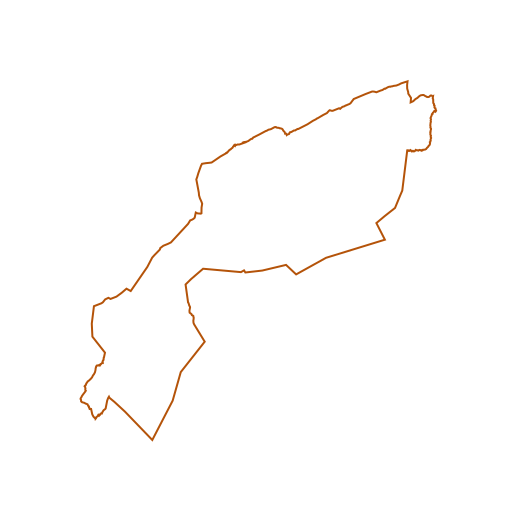 the district of Stor-Elvdal nor, Hedmark, Norway, rotated 281°
{"feature_id": "86288312B62333254933331", "entity_name": "Stor-Elvdal nor", "entity_type": "district", "adm_level": 2, "iso_a3": "NOR", "parent_name": "Norway", "parent_adm1": "Hedmark", "projection": "natural_earth1", "projection_center": [11.012, 61.582], "detail": "fine", "context": "isolated", "style": "outline", "palette": "amber", "viewbox_px": 512, "rotation_deg": 281, "n_neighbors": 0, "source": "geoboundaries", "source_scale": "gbopen_adm2", "svg_char_len": 5948}
<svg xmlns="http://www.w3.org/2000/svg" viewBox="0 0 512 512"><g transform="rotate(281 256 256)"><path d="M428.7,321.9L428.1,321.7L427.2,321.2L424.1,319.7L423.1,318.8L421.8,316.8L421.3,316.1L420.9,315.5L420.8,315.1L419.9,314.3L418.9,312.4L417.6,311.3L416.5,310.5L416.9,309.4L413.3,303.8L413.1,303.4L413.0,302.9L413.0,302.0L413.2,300.6L412.6,300.0L409.8,298.3L407.3,295.1L402.8,290.0L402.5,289.4L401.7,288.8L399.6,286.1L395.1,281.4L388.7,273.2L388.6,272.4L387.9,271.8L387.4,271.1L386.8,270.6L386.4,269.2L384.5,267.1L384.5,266.9L384.1,266.4L384.0,265.8L383.0,265.3L382.4,265.3L382.0,265.1L381.3,263.7L380.6,263.1L381.0,262.9L381.9,262.1L382.0,261.4L381.8,261.2L382.5,260.8L383.2,260.4L384.3,258.8L385.0,258.3L385.6,257.7L385.9,256.9L386.0,255.3L385.9,254.8L386.2,253.9L386.0,252.8L386.0,251.9L386.0,251.5L386.3,251.2L386.3,250.9L386.3,250.3L385.9,249.5L383.5,246.6L382.9,245.5L382.4,244.2L380.9,242.5L380.6,241.8L375.7,235.8L374.1,233.7L373.8,233.3L372.9,232.2L372.1,231.1L371.7,230.6L370.4,230.0L370.2,229.2L369.8,228.7L369.6,228.6L369.1,228.0L367.4,226.5L366.5,225.1L366.2,224.3L365.8,223.7L365.7,223.0L365.6,222.6L365.0,222.0L365.1,221.8L364.9,221.5L364.4,221.8L364.4,222.0L362.4,218.6L362.2,218.1L362.0,216.8L361.1,215.3L360.9,214.8L360.4,214.6L360.8,214.3L360.2,214.1L359.9,213.6L360.3,213.3L360.1,213.2L359.6,213.2L359.4,213.1L359.3,212.9L359.1,212.7L357.8,212.3L356.6,211.2L356.0,210.9L355.3,210.0L354.8,209.8L354.7,209.5L354.4,209.4L354.1,209.1L352.8,208.5L352.6,208.3L351.8,207.8L351.9,207.6L351.4,207.3L351.4,207.1L351.3,206.9L351.0,206.9L346.9,202.1L339.3,194.6L338.6,192.5L337.5,188.9L336.2,185.4L334.1,184.8L326.4,183.6L322.2,183.2L319.8,182.8L307.2,187.8L304.7,188.5L302.0,189.9L298.6,192.3L297.0,193.2L293.2,193.3L287.5,194.3L287.2,194.0L287.0,193.6L286.9,192.3L286.7,190.9L286.7,190.4L287.2,188.6L281.9,188.5L280.5,187.5L279.3,186.1L278.4,184.6L274.6,183.2L253.1,169.9L251.0,167.1L248.4,163.1L245.5,160.5L244.0,160.4L237.6,156.2L234.6,154.4L224.5,151.4L197.7,139.7L199.2,135.1L194.5,131.4L189.5,126.8L186.1,121.4L186.8,119.1L184.6,116.2L181.3,114.5L180.1,113.3L175.8,106.5L158.3,107.7L145.6,110.8L132.3,126.2L127.5,126.1L127.0,125.9L125.7,126.1L125.4,126.0L125.1,126.1L124.7,126.1L124.1,125.7L123.1,125.5L122.7,125.6L122.9,125.7L122.7,125.8L121.8,126.0L121.8,125.9L121.6,125.6L121.6,125.3L121.4,125.2L120.8,124.8L120.6,124.5L120.3,124.4L120.2,124.1L119.8,124.1L119.1,123.8L119.4,123.4L119.2,123.1L118.8,123.1L118.9,122.8L118.7,122.5L118.5,122.4L118.4,121.9L118.5,121.8L118.1,121.1L118.2,120.8L117.9,120.5L117.1,120.2L116.5,120.1L115.9,120.2L115.4,120.0L113.4,120.2L111.1,120.1L108.8,119.4L107.8,118.8L105.6,118.2L103.8,117.2L102.9,116.5L102.2,116.1L100.6,114.6L99.7,114.4L98.5,113.7L97.0,113.6L96.0,112.8L95.4,112.6L94.7,113.4L93.8,113.6L93.3,113.9L92.3,113.9L91.0,114.4L91.0,114.5L90.6,114.4L87.0,112.6L85.2,111.8L84.2,111.6L82.7,111.0L82.2,111.1L81.9,111.2L81.4,111.7L79.9,112.1L79.7,112.4L79.3,113.1L79.3,113.5L79.2,114.0L79.1,115.6L78.6,116.8L78.5,117.9L78.2,119.0L76.9,119.8L76.5,120.7L75.4,120.9L75.1,121.4L74.1,121.9L74.3,122.4L74.2,122.8L74.4,123.0L74.4,123.3L69.3,125.5L67.3,127.1L66.1,128.8L66.6,129.1L66.7,129.3L65.7,129.6L66.2,129.9L67.3,130.1L68.6,131.1L70.2,131.6L70.3,131.8L70.2,131.9L69.6,132.1L69.3,132.4L70.0,132.8L70.2,133.1L70.9,133.4L71.6,133.6L71.7,133.8L71.8,134.0L72.0,134.1L72.4,134.5L72.2,134.8L72.5,134.9L73.0,134.9L75.2,135.7L75.7,136.0L77.0,137.2L77.7,137.5L85.7,137.5L88.5,138.0L89.8,138.5L88.9,139.1L85.8,144.8L78.2,157.1L55.6,189.3L98.1,201.8L127.7,204.3L162.1,222.0L177.1,208.3L177.3,208.2L178.1,207.6L179.1,207.2L180.8,206.8L182.1,206.8L183.6,206.6L184.1,206.3L185.2,205.9L185.5,205.3L185.7,204.4L186.7,203.7L187.7,201.7L188.1,201.5L189.7,201.1L192.8,201.1L193.5,200.9L194.0,200.4L194.6,200.1L194.8,199.8L195.2,199.7L197.0,198.7L197.4,198.2L197.7,198.1L214.6,192.3L221.0,196.7L233.4,206.5L237.3,244.3L239.6,247.0L237.8,248.7L242.9,264.9L253.0,287.2L245.6,298.9L267.6,325.1L296.6,379.4L311.3,367.9L319.7,374.7L329.7,383.3L342.6,385.9L348.1,387.1L388.6,384.3L388.8,385.0L388.7,386.0L388.3,386.2L388.4,386.5L388.8,386.9L389.5,387.3L389.4,387.6L388.8,388.1L388.7,388.6L388.5,388.8L388.8,389.1L388.6,389.3L388.8,389.7L388.7,390.0L389.1,390.3L388.8,391.1L389.2,391.8L390.7,392.6L390.4,393.6L390.7,394.8L390.4,395.2L390.5,395.4L390.8,395.6L391.2,396.1L391.4,396.5L391.2,397.2L391.4,397.7L391.4,397.8L391.0,398.1L390.9,398.5L391.1,398.8L391.6,399.0L391.5,399.3L391.6,399.5L392.2,399.8L392.2,400.2L392.4,400.6L392.7,401.6L393.5,402.6L394.8,403.2L396.0,404.1L397.0,404.4L397.4,404.8L398.1,405.1L398.3,405.3L399.5,405.4L400.9,404.9L401.3,405.3L402.1,405.2L402.5,405.5L403.7,405.1L405.3,405.4L406.2,404.7L406.5,404.7L407.0,404.8L407.5,404.8L408.3,404.0L408.8,404.0L409.2,403.8L410.0,403.8L410.8,403.4L411.2,403.7L412.3,403.5L414.1,403.6L414.6,403.4L415.2,402.7L416.4,402.6L417.7,402.1L418.8,402.1L419.9,401.9L421.1,402.1L422.2,401.6L423.6,401.7L424.0,401.5L424.4,401.1L424.7,401.0L427.4,401.6L428.8,401.6L429.1,401.8L429.2,402.2L429.3,402.2L429.9,402.2L430.4,402.3L431.4,403.1L432.1,403.2L432.4,403.4L432.6,403.9L432.4,404.4L432.1,404.7L433.0,405.1L434.3,404.3L435.2,404.0L435.4,403.3L435.7,403.0L436.2,402.7L437.5,402.7L437.9,402.4L438.1,401.9L439.2,401.7L439.4,401.5L439.8,401.0L440.1,400.8L443.7,400.0L444.0,399.8L444.2,399.5L444.5,399.4L446.5,399.3L446.4,399.2L446.4,398.8L447.0,397.9L447.0,397.1L446.6,396.5L445.7,395.9L445.2,395.4L445.0,395.0L444.8,394.4L444.8,393.2L445.0,393.0L445.3,391.6L445.8,390.5L446.0,389.7L445.9,389.1L445.2,387.1L444.3,386.0L441.9,384.2L440.5,382.6L438.1,380.9L437.5,380.2L436.3,378.5L440.8,378.0L444.4,374.5L446.0,374.1L449.1,372.5L452.6,371.7L456.4,371.4L453.3,365.8L452.7,364.9L451.8,363.9L450.1,361.2L449.2,358.5L448.6,357.5L448.2,356.2L447.8,355.7L447.8,355.1L447.2,353.7L445.5,351.6L445.1,351.3L444.8,350.9L444.8,350.2L443.1,348.5L442.2,346.8L439.7,342.9L439.9,340.9L439.8,339.7L439.6,338.6L436.0,332.8L428.7,321.9Z" fill="none" stroke="#b45309" stroke-width="2"/></g></svg>